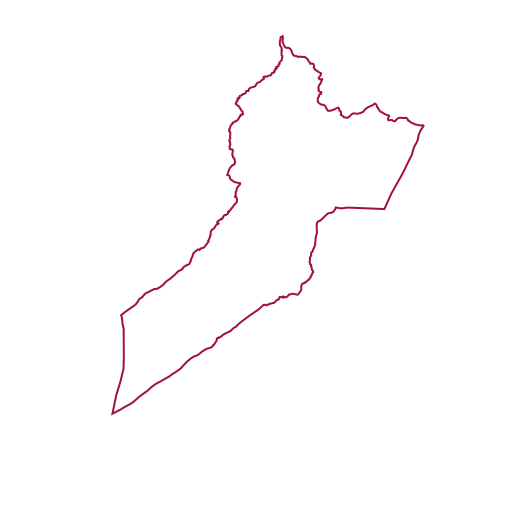 Hai, Kilimanjaro, United Republic of Tanzania, rotated 208°
{"feature_id": "72390352B77483544974211", "entity_name": "Hai", "entity_type": "district", "adm_level": 2, "iso_a3": "TZA", "parent_name": "United Republic of Tanzania", "parent_adm1": "Kilimanjaro", "projection": "robinson", "projection_center": [37.242, -3.24], "detail": "fine", "context": "isolated", "style": "outline", "palette": "rose", "viewbox_px": 512, "rotation_deg": 208, "n_neighbors": 0, "source": "geoboundaries", "source_scale": "gbopen_adm2", "svg_char_len": 6142}
<svg xmlns="http://www.w3.org/2000/svg" viewBox="0 0 512 512"><g transform="rotate(208 256 256)"><path d="M169.1,450.4L169.1,450.2L172.7,448.2L175.1,447.7L176.6,447.0L182.1,446.6L183.0,447.0L185.4,447.1L186.3,448.0L188.2,448.5L191.0,446.8L193.6,445.8L195.0,444.6L195.9,442.9L196.5,440.4L197.0,439.9L197.7,439.7L199.9,439.9L202.8,438.0L203.4,438.4L204.0,439.6L204.2,442.3L209.2,441.7L212.1,442.1L213.0,441.8L214.2,442.0L217.9,443.8L217.9,444.1L219.5,444.8L220.3,445.8L221.3,446.3L222.4,446.4L222.9,446.2L223.5,444.3L226.9,440.0L228.5,437.0L228.9,433.9L229.2,433.4L231.3,430.8L233.2,429.3L234.7,428.5L236.7,427.9L237.2,427.4L238.2,425.7L238.8,423.6L240.0,421.0L242.5,420.2L243.1,419.7L244.9,420.3L247.5,420.5L247.8,421.7L248.6,423.0L249.4,423.5L250.6,423.5L251.8,425.1L253.0,425.6L253.9,424.9L255.5,422.3L256.8,421.1L257.7,419.9L259.7,418.4L260.7,418.0L263.1,419.3L265.7,421.1L267.4,421.2L269.2,420.3L271.6,420.5L273.1,420.9L274.1,421.7L275.3,423.9L275.5,425.0L275.3,426.3L275.9,427.6L275.9,428.2L274.9,429.3L274.9,430.7L275.1,431.1L275.6,431.3L276.7,430.8L277.2,430.9L278.7,431.6L278.9,432.7L280.1,434.2L280.2,434.9L280.4,436.7L280.0,438.9L280.5,443.1L280.9,443.2L281.9,442.1L282.6,441.9L283.3,441.9L284.2,442.5L284.4,443.1L283.8,444.9L284.0,447.2L284.3,447.7L284.7,447.9L287.2,447.8L289.5,448.2L290.7,448.0L293.4,449.4L294.1,451.3L295.5,452.5L297.3,452.1L298.3,451.2L299.7,452.3L301.0,452.6L302.7,454.0L305.7,454.6L306.9,454.5L308.4,453.5L310.5,452.9L311.9,451.6L313.7,451.6L316.0,450.8L317.1,450.8L319.3,452.1L321.3,454.1L323.5,455.1L324.2,455.2L326.5,454.2L328.3,454.0L330.4,455.3L333.2,457.6L334.4,460.8L335.7,462.6L336.3,461.4L337.0,460.8L336.0,458.4L335.8,456.9L334.7,454.7L333.6,453.2L332.0,452.4L330.7,451.4L330.4,450.2L329.5,449.6L329.5,448.7L327.9,445.6L327.6,445.2L326.8,445.1L326.2,444.2L326.0,442.8L325.2,441.5L326.1,438.0L325.3,436.8L326.0,435.9L325.3,434.2L326.8,432.6L326.7,432.3L325.9,431.6L326.8,430.7L326.7,430.4L326.2,430.2L326.9,428.0L326.8,427.8L326.2,427.7L326.1,427.3L326.5,426.0L327.2,425.6L327.8,424.9L327.8,422.5L329.6,421.0L330.8,419.2L332.2,418.9L333.4,417.6L333.3,417.1L332.3,416.5L332.2,416.0L333.7,413.6L334.1,411.7L336.1,409.5L336.5,405.3L340.1,401.7L340.6,400.1L340.2,398.1L342.0,397.3L341.7,394.8L342.5,393.6L343.7,392.7L343.9,391.3L345.5,389.6L345.3,388.5L344.9,388.3L344.7,387.7L345.1,387.0L345.5,386.9L345.8,387.0L346.2,386.7L346.2,386.2L345.4,385.4L345.2,384.7L345.5,384.0L345.8,383.8L345.3,382.9L345.6,381.5L345.3,380.8L343.1,380.3L342.0,380.3L339.0,378.8L337.5,377.7L335.5,377.1L334.1,375.0L334.2,374.5L335.5,373.9L335.9,373.2L335.4,372.1L336.0,371.1L335.7,369.7L336.1,367.3L337.0,365.6L337.8,364.9L338.0,364.0L338.1,363.8L339.2,362.8L338.9,361.6L339.6,359.8L339.0,356.3L339.2,354.9L338.3,354.5L338.2,353.4L336.9,353.2L336.4,352.6L335.4,350.5L335.3,349.7L333.7,347.5L333.9,345.7L333.6,344.9L332.2,344.4L331.8,343.3L331.1,342.6L330.8,339.9L330.0,339.4L329.6,338.5L329.2,338.2L328.4,338.3L327.0,338.9L326.4,338.8L325.6,337.6L324.5,334.1L323.3,333.4L322.6,332.4L320.6,331.7L318.4,328.6L318.2,328.0L318.4,327.2L318.3,326.3L319.5,325.0L320.3,321.9L320.2,318.3L319.6,316.3L319.5,314.1L317.3,314.4L316.7,314.0L315.5,312.5L314.3,311.6L312.4,311.6L310.6,311.2L308.7,311.4L304.2,312.8L303.7,311.5L304.2,310.3L304.7,306.5L303.9,304.6L304.0,302.7L302.8,301.0L302.4,298.4L302.0,298.4L301.7,298.9L301.3,299.0L299.2,297.0L298.5,295.4L298.4,293.8L299.3,290.5L299.7,287.2L300.1,286.4L300.1,285.0L300.7,283.2L300.5,282.1L300.7,281.8L301.3,282.1L301.3,281.8L300.8,280.9L300.8,280.1L301.5,278.4L302.6,277.7L302.8,277.1L303.2,276.8L303.4,275.3L303.1,274.2L303.5,273.3L303.5,272.2L303.9,272.1L304.2,272.4L306.2,268.3L305.7,267.0L304.4,267.2L304.3,266.8L305.3,265.5L305.7,264.3L306.1,260.2L307.3,258.4L307.4,257.1L307.2,255.6L306.7,254.9L305.7,252.5L305.9,251.6L305.5,250.7L305.3,249.5L305.4,248.9L305.2,247.6L305.4,247.2L304.8,246.8L304.7,246.2L305.6,240.4L306.0,239.3L306.9,237.8L308.6,236.6L308.5,235.7L308.8,234.8L310.3,234.6L311.9,231.1L312.5,229.0L312.5,228.0L311.9,225.6L311.8,222.3L311.1,220.8L311.3,220.2L311.1,217.8L312.1,216.2L313.2,215.0L313.9,213.8L314.0,213.3L314.5,212.8L314.9,211.0L314.8,210.0L315.3,209.6L315.9,208.1L317.5,206.0L319.0,201.0L320.9,196.2L323.5,190.9L324.5,186.9L326.5,182.8L328.3,180.2L329.9,179.4L330.5,178.8L336.3,170.6L337.2,165.9L337.8,165.2L338.9,163.0L338.9,160.6L339.4,157.1L340.2,155.2L345.6,144.5L347.3,140.5L344.9,137.9L342.6,134.4L340.5,131.6L339.0,130.2L324.2,102.7L320.0,94.1L316.6,80.8L314.0,67.2L308.7,49.4L303.5,56.8L301.0,61.1L297.3,66.6L295.6,70.0L293.0,77.0L288.5,86.3L286.6,91.5L284.7,95.5L275.8,109.3L274.8,111.8L271.2,118.1L269.7,121.4L267.6,129.5L265.4,135.1L263.5,138.4L262.3,139.4L260.4,142.1L258.7,146.4L256.0,151.0L254.6,152.2L252.3,154.8L251.9,156.2L252.1,157.0L251.4,157.9L251.1,163.1L251.2,163.7L251.9,164.7L250.8,166.5L250.2,166.4L249.9,166.8L249.5,167.4L249.5,168.1L248.8,168.8L248.5,170.1L247.4,172.2L243.5,177.5L241.8,182.3L240.2,184.6L240.1,186.0L238.1,191.1L233.6,200.6L228.7,209.8L226.3,216.5L226.0,216.8L223.1,217.6L222.8,218.8L221.7,219.5L220.8,220.9L219.8,221.5L219.3,222.2L218.1,223.0L217.4,224.9L217.1,226.6L215.7,228.1L215.6,228.5L215.9,229.1L215.6,229.9L215.8,231.0L214.0,231.8L213.1,232.9L212.5,232.0L212.0,232.4L211.6,233.2L210.0,233.6L209.3,234.9L208.8,237.3L207.6,238.3L207.0,239.1L204.8,240.4L201.8,241.0L200.7,242.0L200.3,244.9L200.2,247.6L201.5,249.8L202.3,252.6L202.2,253.1L201.0,254.2L200.7,255.6L199.7,255.8L199.4,257.6L198.6,259.4L198.0,260.1L198.2,260.9L197.7,262.8L198.2,263.7L197.8,265.0L198.2,267.2L197.9,268.7L198.1,269.1L200.2,270.2L202.0,272.6L202.7,272.9L203.3,274.2L204.3,274.1L204.6,274.3L206.0,276.2L206.4,277.8L207.6,279.6L207.6,282.4L208.9,284.9L208.1,286.4L208.6,288.1L208.6,289.8L209.0,293.3L212.0,300.5L212.5,302.2L213.0,305.1L215.6,309.3L217.5,313.0L217.6,315.2L217.4,315.7L216.6,316.3L215.5,318.4L212.7,326.9L211.9,328.0L209.4,329.9L208.5,331.1L208.0,335.0L208.3,336.4L203.9,337.7L202.1,338.7L199.6,340.6L196.8,342.3L164.7,357.7L165.8,375.2L165.3,397.5L165.8,412.6L165.9,418.5L167.6,426.0L167.5,431.7L167.8,434.9L169.4,440.0L169.6,444.6L169.1,449.0L169.1,450.4Z" fill="none" stroke="#9f1239" stroke-width="2"/></g></svg>